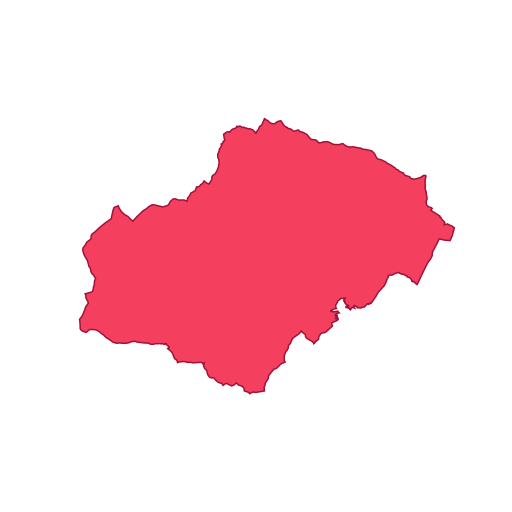 outline of Balcani, Bacau, Romania, rotated 333°
{"feature_id": "2599482B16052251783931", "entity_name": "Balcani", "entity_type": "district", "adm_level": 2, "iso_a3": "ROU", "parent_name": "Romania", "parent_adm1": "Bacau", "projection": "equal_earth", "projection_center": [26.5, 46.643], "detail": "fine", "context": "isolated", "style": "filled", "palette": "rose", "viewbox_px": 512, "rotation_deg": 333, "n_neighbors": 0, "source": "geoboundaries", "source_scale": "gbopen_adm2", "svg_char_len": 6128}
<svg xmlns="http://www.w3.org/2000/svg" viewBox="0 0 512 512"><g transform="rotate(333 256 256)"><path d="M338.2,349.9L344.9,346.2L348.2,343.9L356.8,340.7L360.9,337.6L362.0,336.2L364.7,334.6L364.8,333.6L365.9,333.4L368.5,334.8L372.5,334.7L376.0,335.7L376.2,336.6L377.8,338.6L379.3,339.3L380.3,341.4L381.2,341.6L381.6,342.1L381.2,343.1L381.8,344.0L383.2,344.9L383.2,345.8L383.7,346.9L383.6,347.9L384.0,348.6L383.5,348.9L383.4,349.3L384.3,350.4L385.2,350.7L385.6,352.8L386.6,354.6L402.4,342.5L406.6,339.6L409.8,338.1L413.2,335.7L414.1,333.9L415.7,332.1L422.6,327.3L427.0,323.9L431.1,327.4L435.9,330.4L439.7,327.3L443.4,323.4L443.2,323.3L445.6,321.0L444.0,318.0L441.5,315.1L441.4,314.4L440.0,314.3L439.5,313.9L437.9,313.6L439.5,311.7L438.2,307.4L438.2,305.4L437.5,304.8L438.0,304.0L437.8,303.5L432.5,294.6L434.6,293.6L434.0,292.3L431.9,290.3L431.2,287.8L432.1,285.1L434.3,282.9L435.2,280.7L435.9,277.8L436.7,276.3L436.9,274.7L437.4,272.4L439.0,270.1L439.2,268.4L440.2,267.4L441.1,265.3L443.8,261.9L443.4,261.1L442.2,260.3L438.0,260.7L432.2,259.6L429.4,257.4L429.0,256.4L428.9,255.1L425.8,252.2L425.0,250.6L425.0,248.9L422.5,246.2L421.8,244.8L421.7,243.8L420.2,242.2L419.7,240.0L418.8,238.9L417.8,236.8L414.9,232.7L414.0,230.5L412.6,229.1L411.7,227.6L408.6,224.8L408.0,223.1L408.1,219.2L407.8,217.3L406.7,214.7L402.1,210.9L399.7,209.3L398.0,207.2L396.0,205.9L392.5,203.0L387.8,200.8L385.6,197.9L384.4,195.2L380.4,194.4L376.9,192.5L375.0,191.0L373.0,188.0L371.5,186.4L370.1,186.1L368.3,185.0L365.1,184.5L363.5,183.7L363.0,182.9L362.8,181.4L361.9,179.7L358.4,177.4L358.0,176.8L357.6,176.0L356.6,170.9L354.0,167.1L351.5,165.0L351.0,163.0L349.9,162.6L348.5,162.6L346.0,161.8L345.0,159.2L343.9,157.9L342.5,157.1L342.4,155.8L340.9,154.1L340.5,153.1L340.0,151.3L339.7,147.5L339.4,146.7L337.0,146.1L335.0,146.0L332.9,146.7L330.4,145.3L328.9,143.6L327.9,140.4L326.9,139.7L326.5,138.3L325.9,137.5L321.1,141.5L320.3,142.0L317.8,142.3L315.9,144.2L313.3,145.3L311.7,146.6L311.1,145.9L311.5,145.4L310.6,142.6L309.7,141.3L309.0,140.7L308.7,140.1L307.2,139.4L305.9,138.3L305.7,137.8L304.1,136.6L304.0,136.1L303.4,135.6L301.9,135.3L301.8,134.5L300.7,132.9L299.5,132.8L298.5,132.2L298.4,132.5L297.7,131.9L297.5,132.4L295.3,132.8L292.6,132.3L290.7,132.8L289.2,133.7L288.1,132.9L286.1,132.2L282.3,132.9L281.6,135.4L281.0,136.9L281.1,137.9L280.9,138.7L278.8,139.0L278.8,139.3L277.6,140.3L275.7,140.5L276.0,141.6L271.4,144.6L271.1,145.4L267.9,148.2L266.7,150.8L266.7,153.1L265.2,156.7L264.1,157.8L263.1,159.5L259.5,162.7L256.5,164.4L254.3,164.5L252.9,165.1L251.7,167.2L250.7,168.2L246.8,170.5L245.5,169.0L243.9,166.1L243.9,165.6L243.7,165.5L241.1,167.3L239.1,167.2L237.3,168.3L234.3,167.5L234.0,168.2L233.5,168.3L231.4,170.2L226.4,170.4L224.3,172.1L221.4,173.3L219.4,175.9L217.3,173.4L212.6,171.1L210.1,168.5L208.6,167.7L207.8,167.6L204.4,168.5L201.3,170.6L199.6,170.8L195.2,169.9L188.0,163.8L186.4,163.2L182.7,163.3L180.2,164.1L175.7,164.5L167.1,167.1L162.1,169.1L160.8,165.8L159.9,162.7L157.7,159.4L156.2,155.3L155.8,150.7L156.1,148.8L152.5,148.3L151.5,148.4L149.8,149.9L143.8,157.1L137.0,158.0L129.6,159.6L122.7,161.6L120.1,161.9L118.3,163.1L116.9,165.6L116.3,166.0L111.6,166.8L108.9,168.7L105.5,170.3L104.4,171.9L103.6,175.1L103.4,177.6L103.7,183.7L102.4,189.6L102.8,191.8L101.8,195.0L101.9,197.5L102.6,199.2L102.8,203.4L100.9,204.8L98.8,208.2L96.6,210.4L95.5,212.2L94.3,213.3L93.1,213.5L86.6,212.1L86.4,214.2L85.4,216.3L85.5,220.8L85.1,221.9L81.1,224.0L78.7,226.5L73.6,230.7L70.1,232.3L68.2,237.2L66.4,240.8L66.4,242.1L67.3,244.3L70.1,247.0L73.2,246.2L75.0,246.2L79.5,248.8L81.6,251.5L83.1,254.9L84.3,257.1L85.3,260.3L87.8,264.5L89.4,267.8L92.2,270.5L95.0,271.5L98.0,273.5L101.1,274.9L104.3,275.8L105.5,275.6L109.6,277.0L110.7,278.5L112.6,279.9L117.7,283.2L120.6,284.7L121.9,286.7L124.3,288.0L126.8,288.5L128.5,289.6L129.6,289.8L131.6,291.2L133.1,291.7L133.8,293.0L135.7,292.9L136.3,293.7L135.7,294.2L136.4,295.0L137.2,297.0L136.7,297.2L137.0,298.2L135.2,298.4L136.6,301.3L137.4,304.2L136.9,310.2L137.3,311.5L138.0,312.4L138.1,313.1L137.7,315.4L139.6,315.6L143.8,317.2L147.1,320.0L149.1,320.8L151.5,322.7L157.3,325.1L158.7,325.9L159.6,326.6L159.7,327.9L161.3,327.8L160.4,328.9L159.6,329.4L159.2,331.8L159.2,333.0L160.2,336.2L159.6,337.3L159.2,339.2L159.2,341.1L159.7,343.2L161.3,344.6L163.0,345.3L163.9,348.9L165.1,351.6L167.7,354.1L167.9,356.4L170.5,355.9L171.8,356.1L175.4,360.8L178.4,360.9L180.8,360.1L182.0,363.3L183.7,364.8L185.1,367.3L185.2,368.6L184.3,370.9L186.0,372.5L187.6,374.4L187.8,375.8L191.5,375.8L194.0,377.5L202.3,380.1L203.6,376.7L205.3,375.3L206.6,373.5L211.4,370.7L212.5,368.8L213.3,368.2L220.6,364.9L221.9,365.3L223.6,365.3L229.2,363.5L233.9,363.7L233.6,362.0L236.1,357.5L239.2,354.7L240.6,354.3L242.8,352.8L244.5,350.4L247.1,349.5L247.5,348.9L251.2,346.0L258.6,344.9L261.2,344.0L262.4,343.3L262.6,345.0L263.5,346.9L264.1,347.6L264.2,348.4L263.5,350.4L263.6,351.7L264.2,353.1L267.4,357.9L267.5,358.6L267.9,359.2L267.7,360.4L269.2,360.0L269.6,359.5L274.0,358.6L275.3,356.5L278.3,354.7L279.5,354.6L283.1,355.6L292.1,353.2L292.5,353.0L292.4,351.4L293.1,350.2L294.3,350.0L298.4,350.3L300.3,350.0L300.4,349.6L300.1,349.4L300.5,348.9L298.7,348.2L298.5,347.6L299.2,347.4L300.7,348.3L300.7,347.5L300.3,346.2L299.7,346.0L299.7,345.6L300.8,346.0L300.7,345.5L301.1,345.5L300.6,344.8L299.9,344.7L300.1,344.3L301.2,344.5L301.3,343.9L301.6,343.8L303.0,344.3L303.4,343.8L304.3,344.3L303.7,342.2L300.6,341.3L299.2,340.6L298.8,339.5L297.6,339.5L297.7,338.7L300.9,338.6L303.8,339.3L303.8,338.3L304.5,336.1L307.5,334.2L308.2,333.4L312.4,332.4L315.6,333.7L314.8,334.0L314.8,334.4L315.5,334.5L314.4,335.0L313.8,335.9L313.9,336.5L314.6,336.4L314.5,337.3L313.9,337.9L314.4,340.3L315.0,340.9L314.9,341.4L315.9,342.0L315.8,342.7L314.2,342.5L314.1,341.9L313.6,341.8L313.3,341.9L312.8,342.7L314.3,343.7L314.5,344.5L315.5,344.9L315.6,345.5L315.3,346.3L315.8,346.9L317.5,345.6L318.3,345.9L318.9,345.8L320.1,347.2L320.0,345.0L321.3,344.8L321.8,346.1L322.8,346.8L322.7,348.2L323.3,348.2L325.4,349.8L329.3,350.3L329.4,350.6L333.5,349.2L334.1,349.4L334.2,350.1L336.4,350.3L336.1,349.8L338.2,349.9Z" fill="#f43f5e" stroke="#9f1239" stroke-width="1.5"/></g></svg>